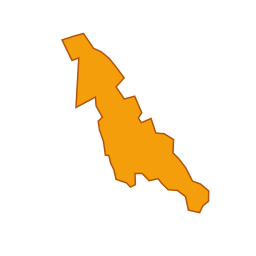 the district of Uchkuprik, Ferghana, Uzbekistan, rotated 149°
{"feature_id": "79887680B70026965799334", "entity_name": "Uchkuprik", "entity_type": "district", "adm_level": 2, "iso_a3": "UZB", "parent_name": "Uzbekistan", "parent_adm1": "Ferghana", "projection": "robinson", "projection_center": [71.019, 40.509], "detail": "fine", "context": "isolated", "style": "filled", "palette": "amber", "viewbox_px": 256, "rotation_deg": 149, "n_neighbors": 0, "source": "geoboundaries", "source_scale": "gbopen_adm2", "svg_char_len": 802}
<svg xmlns="http://www.w3.org/2000/svg" viewBox="0 0 256 256"><g transform="rotate(149 128 128)"><path d="M161.4,116.4L158.6,114.3L161.0,106.6L161.6,99.4L164.7,90.1L157.6,81.8L156.3,76.1L150.9,75.7L145.4,85.4L139.2,81.6L137.0,71.9L128.3,69.1L127.6,63.4L125.3,54.3L118.0,49.3L114.0,39.6L118.5,26.5L110.2,18.6L104.0,22.7L96.7,23.8L91.3,32.4L94.7,42.7L100.1,49.2L99.0,64.2L100.4,76.0L102.3,83.4L94.9,94.6L100.0,104.5L106.8,109.4L104.1,121.0L103.3,124.3L113.8,125.6L114.0,131.2L108.4,134.1L105.9,151.8L116.3,154.8L117.0,169.4L105.5,173.0L106.8,186.0L108.3,197.3L111.7,207.0L116.5,214.0L117.5,232.0L128.6,235.0L139.2,237.4L141.2,214.7L134.1,213.4L162.0,172.4L140.0,171.3L144.0,163.3L144.4,150.4L150.0,149.2L153.4,141.2L156.0,128.9L161.4,116.4Z" fill="#f59e0b" stroke="#b45309" stroke-width="1.5"/></g></svg>